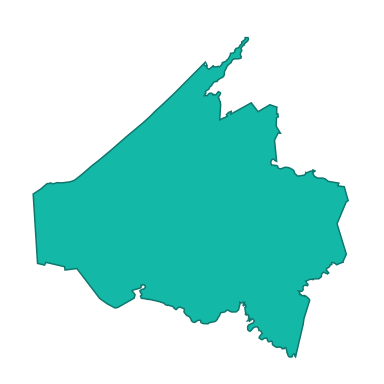 the district of Elota, Sinaloa, Mexico, rotated 94°
{"feature_id": "50627088B50606245291674", "entity_name": "Elota", "entity_type": "district", "adm_level": 2, "iso_a3": "MEX", "parent_name": "Mexico", "parent_adm1": "Sinaloa", "projection": "albers", "projection_center": [-106.918, 24.031], "detail": "fine", "context": "isolated", "style": "filled", "palette": "teal", "viewbox_px": 384, "rotation_deg": 94, "n_neighbors": 0, "source": "geoboundaries", "source_scale": "gbopen_adm2", "svg_char_len": 5913}
<svg xmlns="http://www.w3.org/2000/svg" viewBox="0 0 384 384"><g transform="rotate(94 192 192)"><path d="M176.1,40.5L175.7,47.0L172.9,46.1L171.9,56.8L169.6,60.1L169.0,62.6L169.4,67.8L167.4,71.5L166.1,72.0L164.4,73.1L162.6,70.7L162.4,70.7L161.5,72.9L161.7,73.1L162.1,72.9L162.3,73.0L162.9,74.0L162.9,75.3L164.8,78.7L164.6,79.9L165.2,79.7L166.4,80.3L167.2,81.0L167.6,81.9L167.7,83.2L168.2,84.4L168.7,87.6L168.5,88.1L166.1,91.0L164.7,91.3L163.4,92.2L162.4,93.5L162.3,94.3L161.5,95.5L160.8,98.0L160.8,100.1L161.0,101.4L162.7,104.9L162.6,105.7L162.4,107.2L161.9,107.8L160.3,108.3L159.7,109.3L159.6,110.5L160.0,111.4L159.5,112.0L159.4,112.4L159.6,114.5L157.0,115.6L154.6,114.8L153.9,114.3L153.5,113.8L153.6,112.7L154.8,111.6L155.5,109.7L134.5,113.3L127.2,110.2L127.2,107.9L120.5,112.6L112.0,112.9L111.0,111.1L107.9,111.9L108.3,113.0L102.6,113.3L101.5,113.1L99.5,120.4L107.3,131.7L98.9,139.1L111.5,158.5L108.8,158.5L110.2,161.3L110.6,161.4L112.4,163.1L113.9,162.1L115.7,164.9L115.7,165.3L118.1,169.4L103.1,169.5L99.9,170.1L98.9,170.9L97.2,171.4L95.5,172.5L93.7,171.2L91.5,170.4L91.0,170.6L90.0,172.7L93.5,175.0L93.1,177.6L93.8,177.5L93.8,177.9L92.1,179.2L92.2,180.9L92.6,181.9L94.8,183.5L94.7,185.7L95.2,186.4L94.8,186.5L92.2,185.0L91.2,185.6L89.9,184.8L88.4,182.5L85.9,181.5L84.5,179.9L82.9,179.2L80.9,177.8L80.3,177.1L80.4,176.4L79.9,175.1L80.0,174.7L78.4,174.1L78.4,173.7L76.9,172.1L75.5,169.5L74.5,168.6L72.7,167.9L70.9,168.0L69.0,167.9L67.5,167.0L64.0,165.7L63.2,165.3L62.6,164.4L61.1,163.3L60.4,162.1L58.9,161.8L58.0,161.0L57.1,160.8L56.2,158.9L56.0,155.9L55.5,153.6L55.0,152.5L53.4,152.3L52.2,153.3L49.6,153.3L47.8,152.2L47.3,152.2L45.8,153.1L44.8,152.9L44.1,152.6L42.7,151.4L41.8,150.9L41.6,150.0L40.6,150.1L37.4,147.0L36.2,146.5L34.7,146.5L34.1,146.9L34.2,149.6L34.4,149.9L35.3,149.5L36.0,149.8L37.3,150.9L38.5,152.6L39.2,152.9L39.5,152.6L40.7,152.8L42.4,154.4L44.0,154.9L45.1,156.2L45.8,158.2L46.4,158.2L46.7,158.7L47.6,159.2L49.1,159.2L49.6,159.5L50.5,160.8L51.0,163.3L52.9,163.4L56.7,165.1L57.5,166.1L58.6,166.8L59.5,167.8L60.8,170.8L61.3,170.9L61.6,170.6L62.7,171.2L65.0,173.0L65.2,173.6L64.8,174.6L65.4,175.7L65.6,179.3L65.1,179.7L64.5,178.9L64.6,179.4L64.9,180.0L66.9,181.9L68.4,183.8L67.8,184.8L66.4,186.1L65.9,186.1L65.1,185.6L63.7,186.4L65.0,186.4L65.2,186.7L65.1,187.6L64.2,189.5L62.2,187.8L61.7,187.9L95.7,217.3L107.1,227.8L112.7,233.2L120.6,240.1L127.7,247.0L141.4,261.3L156.3,276.1L167.7,288.0L172.7,293.6L181.7,302.6L187.4,308.8L188.7,310.5L190.2,313.9L190.7,316.0L191.8,321.6L192.1,324.6L192.0,327.1L193.1,329.8L193.4,331.5L193.4,332.7L192.9,333.3L192.8,333.9L193.8,336.1L193.7,337.1L199.6,343.1L205.1,350.3L274.0,341.1L275.2,334.0L272.4,332.8L275.4,313.9L278.7,313.2L276.4,301.5L304.7,276.6L309.5,268.7L313.1,260.6L312.3,257.9L301.9,242.3L298.4,241.6L294.7,245.0L293.8,243.6L291.4,236.9L290.4,236.1L288.5,236.3L288.4,235.1L287.8,234.4L288.0,233.1L289.4,231.8L290.9,232.2L292.0,233.2L292.4,233.9L292.4,234.6L292.7,235.4L293.9,236.3L293.7,236.7L294.1,237.1L295.3,236.7L296.5,235.9L296.9,235.1L298.6,235.1L299.2,236.0L299.7,236.1L301.5,235.1L301.7,233.8L301.6,232.3L302.1,229.4L302.0,228.5L302.3,227.7L302.1,226.3L302.9,222.1L303.0,219.8L303.3,219.3L303.8,216.0L304.2,215.3L304.3,214.1L304.8,212.9L304.7,212.4L306.0,211.0L306.6,209.8L306.8,208.3L306.5,208.0L306.4,207.4L306.9,206.7L307.3,204.2L307.7,203.1L308.4,202.2L309.2,201.8L309.6,200.9L310.3,200.3L310.3,199.4L308.5,198.0L307.6,196.4L308.9,191.9L310.2,191.4L311.8,191.7L312.9,191.2L315.6,188.6L315.8,187.6L316.8,185.7L318.9,184.1L320.6,183.5L321.7,181.8L321.9,181.2L321.8,180.0L321.3,179.2L320.2,178.2L319.5,176.3L319.3,175.0L320.1,174.2L321.0,174.2L321.8,173.7L322.6,170.9L322.4,169.7L322.4,167.9L322.3,166.8L321.2,165.7L319.6,160.1L318.7,158.9L318.0,158.7L318.0,158.4L317.4,157.9L314.7,156.9L314.5,156.5L313.3,155.9L310.5,155.1L309.5,151.2L307.2,148.3L308.8,144.7L308.9,143.8L308.6,140.2L308.3,139.1L307.5,138.7L306.5,137.4L300.2,136.3L298.7,136.6L299.3,134.6L298.5,133.7L298.8,132.6L298.4,131.8L299.5,131.8L299.9,132.7L301.5,133.1L301.9,132.7L300.9,131.6L300.8,130.7L302.7,130.1L303.5,131.2L308.1,130.3L308.9,129.7L310.1,130.3L311.0,129.3L310.2,128.2L310.2,127.9L311.6,126.9L312.4,127.0L312.8,126.3L313.2,126.2L313.9,126.7L314.2,125.4L315.4,126.2L315.7,127.0L316.6,127.6L316.2,126.3L316.8,125.6L316.2,125.4L316.2,124.9L315.7,124.6L315.5,124.1L314.7,123.7L314.1,122.9L315.9,121.0L316.4,120.9L318.2,121.8L320.8,126.4L322.6,127.1L325.4,126.8L326.5,125.6L326.9,124.4L326.3,123.6L323.0,121.1L322.1,119.3L322.0,117.5L322.8,116.5L325.5,115.5L325.4,114.8L326.0,113.6L328.1,112.1L331.3,114.5L332.9,114.9L333.2,114.5L333.3,114.0L333.9,113.3L334.5,111.9L332.9,109.5L332.5,108.1L332.8,107.0L334.8,106.3L336.0,105.3L336.1,104.9L335.2,102.2L336.2,101.4L337.1,101.2L338.0,101.3L339.2,100.4L340.4,98.4L341.0,96.7L341.0,96.0L340.5,94.6L340.8,93.2L340.6,92.6L341.1,91.7L341.5,91.3L342.0,91.3L342.2,90.9L341.9,90.3L341.8,89.0L340.8,88.3L340.7,87.7L340.9,87.4L343.1,86.6L345.6,86.1L346.4,85.4L347.5,85.2L349.3,84.1L349.9,82.6L349.2,80.4L348.7,80.2L348.1,80.5L347.4,80.3L346.5,79.4L346.5,79.0L346.7,78.2L348.2,78.1L349.2,77.2L316.4,71.9L310.6,71.5L291.6,67.0L290.0,68.3L287.7,71.6L288.2,72.5L287.5,72.7L287.4,73.0L287.8,74.8L287.7,75.2L286.8,76.0L286.9,77.2L286.4,77.7L285.6,77.2L284.6,77.7L283.4,78.9L283.4,76.1L283.2,75.3L282.4,74.6L281.6,74.3L279.2,74.7L278.0,74.2L277.4,73.5L277.0,71.9L277.5,70.4L277.2,70.1L276.2,69.9L274.2,71.6L273.6,71.7L272.9,72.3L270.7,67.6L270.9,65.3L270.6,65.3L270.7,64.8L270.2,64.7L269.7,59.4L267.6,57.1L265.5,57.0L264.7,56.8L262.9,55.4L263.0,54.4L264.3,51.3L263.8,51.0L263.6,50.3L263.2,50.4L263.0,50.1L261.2,51.9L261.0,52.5L259.1,52.3L258.6,52.0L257.6,50.2L256.8,49.8L256.4,49.4L254.8,49.0L254.7,47.6L252.7,47.6L252.5,47.2L252.5,46.3L253.0,45.4L253.3,43.9L254.3,43.1L254.5,42.6L252.6,39.1L251.5,36.3L250.7,36.5L243.3,33.7L213.6,45.1L191.2,37.5L189.7,35.6L176.1,40.5Z" fill="#14b8a6" stroke="#0f766e" stroke-width="1.5"/></g></svg>